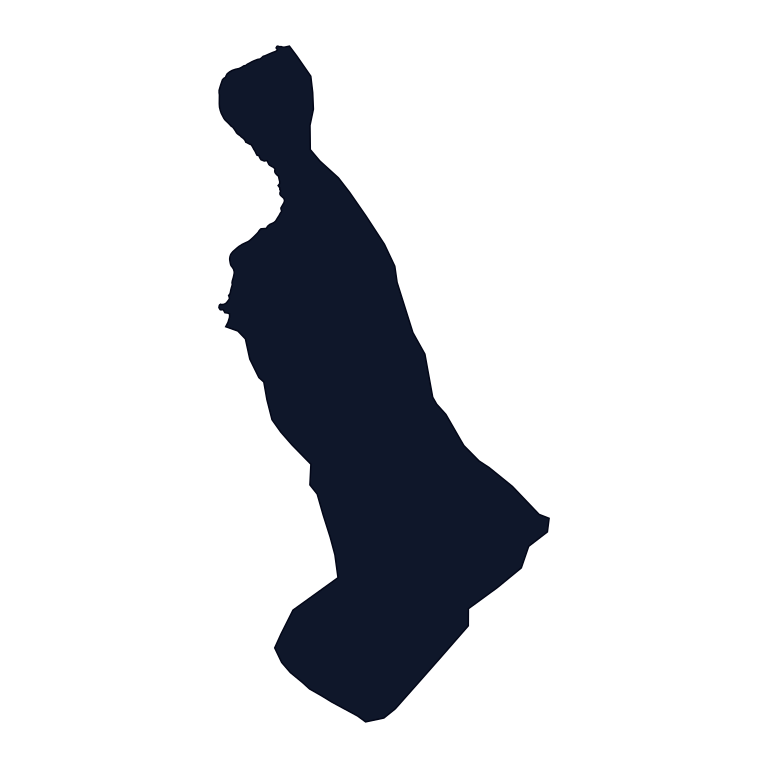 Ouani, Andjouân, Comoros
{"feature_id": "10938185B16418977449415", "entity_name": "Ouani", "entity_type": "district", "adm_level": 2, "iso_a3": "COM", "parent_name": "Comoros", "parent_adm1": "Andjouân", "projection": "mercator", "projection_center": [44.433, -12.159], "detail": "fine", "context": "isolated", "style": "filled", "palette": "ink", "viewbox_px": 768, "rotation_deg": 0, "n_neighbors": 0, "source": "geoboundaries", "source_scale": "gbopen_adm2", "svg_char_len": 3255}
<svg xmlns="http://www.w3.org/2000/svg" viewBox="0 0 768 768"><path d="M289.4,46.1L284.8,47.1L283.0,47.2L281.2,46.6L279.5,46.7L277.8,46.1L276.9,46.4L276.1,47.9L277.4,49.8L277.4,50.2L275.4,51.5L273.1,52.3L269.3,53.9L265.0,55.8L263.2,56.3L261.5,57.9L260.1,59.0L257.6,59.4L254.0,60.8L252.0,61.7L249.3,63.2L247.3,64.2L245.7,65.5L243.9,65.8L241.4,67.4L239.1,68.5L235.4,69.3L232.2,70.4L229.7,71.8L228.3,72.9L227.2,73.8L226.2,75.6L225.4,77.4L223.7,78.4L222.4,79.9L221.9,81.4L220.8,84.6L220.1,86.8L219.1,90.3L219.1,92.8L219.4,94.8L219.3,103.7L219.5,107.2L220.3,110.5L221.3,113.4L223.8,118.2L224.8,119.7L226.0,120.9L227.6,122.4L229.0,123.8L230.3,125.2L231.3,126.3L232.6,127.0L233.7,128.4L234.6,129.7L235.6,131.2L236.5,132.8L237.6,133.9L238.8,134.8L240.1,135.6L241.1,136.7L243.2,138.3L244.1,139.2L245.1,140.5L245.8,142.2L246.8,142.6L248.6,143.6L250.2,144.4L251.1,144.6L251.9,145.8L252.9,147.5L253.7,149.1L255.2,151.5L256.1,153.5L257.1,155.3L258.8,155.5L259.6,157.4L260.3,158.7L261.3,160.0L262.4,160.1L263.2,160.7L264.6,161.0L266.1,160.6L267.0,160.7L267.8,162.2L268.8,164.3L269.5,165.1L270.5,165.7L271.8,166.5L273.1,167.1L274.4,168.2L275.0,169.1L274.7,171.0L275.0,172.5L275.7,173.6L277.1,175.1L278.5,176.2L278.8,177.7L279.3,180.0L279.7,181.4L279.7,182.5L279.6,183.8L278.4,185.2L278.1,185.6L278.7,186.3L279.8,187.9L279.8,189.6L280.6,190.9L279.9,193.0L280.0,194.4L280.7,195.5L283.9,198.4L284.5,200.6L284.4,201.2L283.9,202.8L282.2,205.7L280.9,208.0L281.0,209.0L281.5,210.7L281.4,211.8L280.3,213.2L279.0,215.7L278.0,217.2L275.6,221.1L274.1,222.4L272.8,223.1L271.2,223.8L269.6,224.5L268.3,225.7L267.6,226.2L267.0,227.3L266.3,228.4L261.0,228.8L260.2,229.5L259.0,230.9L258.4,232.0L257.0,233.6L255.1,235.5L253.7,236.9L252.2,238.3L250.2,240.1L248.3,241.5L246.1,242.5L244.4,243.3L241.9,244.5L241.6,244.8L239.1,246.3L237.1,247.9L234.6,250.1L232.9,251.6L231.5,253.3L230.7,254.5L230.0,256.6L229.7,258.5L229.7,259.8L230.2,262.8L230.7,264.9L231.3,266.0L232.2,267.1L233.5,269.1L234.2,271.7L234.2,273.2L233.8,275.3L233.3,277.5L232.3,280.9L232.0,282.8L232.3,284.7L231.4,287.7L230.8,289.9L230.4,292.2L230.0,293.7L228.6,295.6L229.0,296.4L229.3,297.6L229.4,298.8L228.7,299.9L227.4,301.6L226.3,303.0L225.0,303.8L224.0,304.3L223.0,304.4L221.6,304.6L220.6,304.2L219.6,304.9L219.2,305.8L218.9,307.6L219.4,308.5L220.1,309.6L220.9,309.9L221.7,309.8L222.7,309.7L223.4,310.0L224.9,312.7L227.8,313.1L229.5,313.8L229.6,315.5L229.5,317.4L228.0,322.3L225.7,326.7L237.8,331.0L245.4,338.9L249.8,359.1L258.9,377.6L263.8,382.0L266.9,399.6L272.0,419.7L280.8,432.1L292.0,444.9L304.9,458.1L310.9,464.2L309.9,484.9L317.2,494.1L323.1,514.8L330.2,537.2L334.9,554.8L338.0,577.7L293.0,610.1L281.1,633.8L274.7,647.9L281.7,662.5L290.4,672.6L302.1,682.2L309.6,689.0L320.9,695.4L332.2,702.3L357.6,716.0L365.6,721.9L383.9,718.0L395.3,708.8L419.4,681.6L441.6,656.4L468.3,625.8L468.4,608.7L497.3,587.6L521.3,567.9L528.7,546.3L547.4,531.9L549.1,518.3L539.1,514.4L512.4,486.4L489.2,467.6L479.1,461.0L463.9,445.6L461.2,441.0L451.2,423.6L445.9,414.4L436.7,404.2L432.7,397.2L424.9,354.1L412.9,332.6L397.1,282.4L394.8,266.2L384.4,244.2L366.0,216.0L349.6,192.3L338.4,177.8L319.9,161.0L310.3,149.6L310.0,125.4L313.4,109.2L312.7,92.5L310.8,76.2L296.8,56.0L289.4,46.1Z" fill="#0f172a" stroke="#020617" stroke-width="1.5"/></svg>